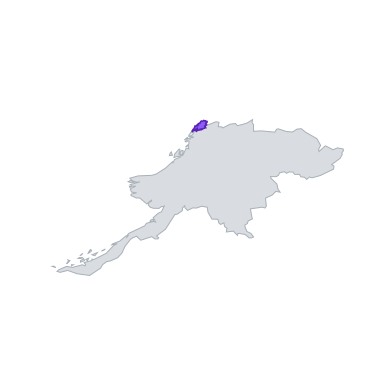 Maungdaw, Rakhine, Myanmar (highlighted), rotated 70°
{"feature_id": "60261553B63127450973926", "entity_name": "Maungdaw", "entity_type": "district", "adm_level": 2, "iso_a3": "MMR", "parent_name": "Myanmar", "parent_adm1": "Rakhine", "projection": "natural_earth1", "projection_center": [92.495, 20.966], "detail": "fine", "context": "in_parent", "style": "filled", "palette": "violet", "viewbox_px": 384, "rotation_deg": 70, "n_neighbors": 0, "source": "geoboundaries", "source_scale": "gbopen_adm2", "svg_char_len": 7199}
<svg xmlns="http://www.w3.org/2000/svg" viewBox="0 0 384 384"><g transform="rotate(70 192 192)"><path d="M241.3,173.4L238.0,171.6L235.6,173.2L231.9,172.6L232.3,176.2L230.2,177.4L226.5,177.0L224.3,182.5L216.5,183.9L211.5,182.9L208.7,187.8L208.6,193.3L207.2,196.7L207.8,202.5L204.5,204.0L202.5,203.6L203.6,206.3L206.2,207.5L207.8,213.4L207.3,215.8L217.9,229.6L221.2,240.4L223.6,238.9L224.4,240.0L223.4,242.9L220.2,245.1L219.8,256.6L214.6,259.3L214.8,263.2L215.4,265.9L220.1,273.5L225.4,278.7L228.3,284.3L228.9,292.4L228.2,295.8L229.6,300.7L232.3,303.9L235.4,316.8L229.4,328.1L223.2,335.6L222.4,343.4L220.4,346.0L219.5,343.6L219.0,335.3L222.0,330.1L222.9,319.9L224.8,317.8L223.8,316.8L221.4,317.5L222.2,309.3L220.8,309.0L221.9,307.2L220.3,293.6L215.5,284.0L214.9,279.9L214.2,285.5L213.6,284.4L213.4,276.8L210.6,268.6L210.9,267.9L212.2,268.6L211.0,266.7L210.0,267.1L209.2,265.1L207.6,248.0L205.8,245.6L206.5,238.3L207.8,236.4L202.8,237.2L200.4,231.0L200.2,227.5L195.2,222.4L196.0,224.0L195.2,225.7L196.1,228.6L194.0,234.0L192.0,236.5L189.3,237.5L187.1,235.9L186.7,233.1L185.8,233.0L187.8,238.5L179.8,243.1L178.6,246.3L174.4,250.6L173.2,250.0L173.8,244.3L171.4,248.9L168.0,249.0L167.3,242.9L166.0,246.4L164.0,247.6L164.6,237.4L164.1,240.3L160.9,244.4L157.8,245.7L158.4,237.3L162.6,224.0L162.9,219.6L160.6,209.0L156.9,200.0L158.0,199.9L155.5,197.3L155.1,190.7L153.6,193.1L153.4,197.2L150.3,195.1L147.2,189.3L148.4,188.8L152.0,191.5L153.9,190.0L154.4,188.1L148.9,182.5L150.3,180.2L148.5,180.2L143.8,177.5L142.4,178.0L143.0,180.4L142.1,181.1L140.2,177.4L141.6,175.7L140.4,175.6L141.2,172.4L140.7,171.9L138.5,176.1L137.2,175.1L138.7,173.0L138.1,171.7L136.1,169.2L136.3,173.7L131.4,166.6L128.6,156.9L130.7,154.5L134.5,157.3L134.2,145.4L135.8,142.8L139.7,145.0L140.8,141.9L142.3,141.2L141.3,132.9L142.5,127.7L145.1,126.8L145.7,122.5L146.0,116.7L144.7,110.3L147.1,111.8L149.8,111.2L156.0,113.4L158.3,105.9L164.1,93.7L161.9,90.9L162.3,89.1L167.4,82.7L170.0,77.0L168.8,71.8L169.9,67.6L174.6,64.9L184.6,56.4L192.2,55.2L195.3,58.5L197.4,58.8L194.2,50.9L200.5,45.0L200.3,40.2L203.2,35.3L204.9,35.5L206.5,37.9L208.1,37.9L211.1,41.5L214.0,51.5L216.1,49.7L218.9,51.1L220.4,65.9L219.7,74.5L218.1,76.4L219.4,79.9L216.7,81.2L214.9,84.6L212.3,84.9L210.5,89.6L207.8,90.3L206.4,93.9L206.7,96.7L204.6,98.3L203.9,103.1L205.8,105.0L206.4,107.5L204.4,112.9L206.1,113.1L213.5,109.5L218.8,110.2L222.3,109.3L220.1,113.0L222.3,117.7L222.9,125.0L230.7,127.0L232.0,128.9L230.3,131.1L227.8,142.9L238.0,144.6L238.4,149.1L240.6,150.8L241.0,153.3L242.4,154.1L247.9,153.9L251.1,150.8L255.3,149.5L255.5,152.1L254.6,154.0L250.1,156.6L247.0,162.0L246.8,163.2L248.3,164.2L243.0,166.4L241.3,173.4ZM150.4,186.1L153.7,188.3L153.0,189.9L151.0,190.1L149.4,187.2L150.4,186.1ZM216.6,301.7L218.7,305.1L216.7,307.5L216.6,301.7ZM150.1,200.8L148.3,199.6L147.2,197.8L150.8,197.8L150.1,200.8ZM219.7,316.4L219.8,320.8L218.5,320.4L217.6,316.6L219.7,316.4ZM162.7,245.6L160.5,248.5L160.1,246.1L163.1,242.5L162.7,245.6ZM205.7,241.7L204.3,240.8L204.1,238.2L205.2,237.5L206.0,238.7L205.7,241.7ZM215.4,321.8L215.1,320.4L216.5,316.7L216.3,319.9L215.4,321.8ZM214.7,330.2L216.5,333.6L216.2,334.2L214.5,331.6L213.4,331.8L214.7,330.2ZM220.9,313.8L219.0,314.8L218.9,311.7L220.9,313.8ZM216.5,345.8L214.1,348.7L214.4,347.1L216.5,345.8ZM139.6,177.9L140.5,181.6L139.0,177.3L139.6,177.9ZM216.6,294.7L216.5,297.4L215.9,292.9L216.6,294.7ZM147.2,180.5L147.5,182.8L146.1,179.5L147.2,180.5ZM214.1,310.6L212.7,309.2L213.2,308.2L213.9,308.4L214.1,310.6ZM213.1,306.6L212.2,308.4L211.3,307.3L212.0,306.5L213.1,306.6ZM213.4,317.6L213.4,319.2L212.3,315.4L213.4,317.6ZM166.1,249.0L165.1,248.9L166.4,247.1L166.6,247.8L166.1,249.0ZM220.1,330.5L219.1,330.2L219.8,328.4L220.1,330.5Z" fill="#d9dde1" stroke="#a8b0b8" stroke-width="1"/><path d="M135.6,157.1L135.3,157.2L135.0,157.3L134.9,157.5L134.7,157.7L134.4,157.6L134.4,157.4L134.3,157.2L134.3,156.8L134.2,156.5L134.1,156.4L134.1,156.2L134.1,155.9L134.0,155.7L133.9,155.4L133.8,155.5L133.7,155.6L133.2,155.5L133.3,155.8L133.2,155.9L132.8,155.9L132.7,155.9L132.5,155.7L132.2,155.7L132.1,155.2L132.0,154.6L131.9,154.4L131.7,154.2L131.4,153.8L131.2,153.8L131.0,154.1L130.9,154.0L130.8,154.4L130.8,154.5L130.6,154.7L130.7,154.8L130.4,154.8L130.2,154.8L130.2,154.6L129.8,154.7L129.8,154.8L129.8,155.0L129.6,155.3L129.7,155.5L129.7,155.8L129.4,155.9L129.1,156.1L129.0,156.3L128.8,156.4L128.9,156.7L129.0,157.1L129.1,157.4L129.1,157.6L129.1,157.9L129.1,158.0L129.0,158.3L128.9,158.4L128.9,158.5L128.6,158.7L128.6,158.8L128.5,159.0L128.8,159.2L128.9,159.4L128.8,159.6L128.9,159.8L129.0,159.9L129.4,160.3L129.7,160.6L129.8,160.9L129.8,161.0L130.0,161.1L130.2,160.9L130.4,160.7L130.6,160.6L130.4,160.7L130.4,160.8L130.2,160.9L130.1,161.1L129.9,161.2L129.8,161.3L129.8,161.7L130.0,162.3L129.9,162.5L130.1,162.9L130.3,163.1L130.5,163.4L130.8,163.3L130.8,163.2L131.0,162.8L131.0,162.5L131.0,162.4L131.0,162.5L131.2,162.8L130.9,163.0L130.8,163.3L130.7,163.4L130.4,163.5L130.6,163.9L130.7,164.0L130.8,164.3L131.0,164.3L131.0,164.1L131.4,164.1L131.3,163.9L131.4,163.7L131.3,163.8L131.4,164.0L131.2,164.2L131.0,164.3L130.9,164.4L130.9,164.7L131.0,164.8L131.0,165.2L131.1,165.5L131.2,165.4L131.2,165.6L131.3,165.8L131.5,165.8L131.5,166.0L131.5,165.9L131.4,165.8L131.3,166.0L131.5,166.4L131.5,166.6L131.7,166.8L131.4,166.9L131.8,167.2L132.0,167.3L132.4,167.6L133.1,168.4L133.3,168.5L133.4,168.8L133.5,169.0L133.5,169.4L133.5,169.5L133.9,169.9L134.1,170.0L134.5,170.7L134.7,170.8L134.8,170.9L134.8,171.0L134.7,170.8L134.9,171.1L135.0,171.1L135.1,170.9L135.3,170.8L135.2,170.6L135.1,170.3L134.9,169.9L134.7,169.3L134.7,169.2L134.4,168.9L134.5,168.9L134.7,168.7L134.6,168.4L134.8,168.2L134.9,168.3L135.0,168.3L135.1,168.2L135.3,168.0L135.5,168.1L135.6,168.3L135.6,168.2L135.5,167.9L135.3,167.6L135.1,167.3L135.1,166.9L134.9,167.0L134.7,167.2L134.4,167.0L134.2,166.6L134.3,166.5L134.4,166.4L134.5,166.4L134.3,166.4L134.2,166.3L134.2,166.2L134.4,166.1L134.2,166.0L134.1,165.8L134.1,165.5L134.0,165.4L134.0,165.2L133.8,165.0L133.8,164.9L133.9,164.5L133.9,164.4L133.8,165.0L134.0,165.1L134.1,165.3L134.1,165.5L134.1,165.4L134.4,165.3L134.5,165.3L134.6,165.1L134.6,164.9L134.6,165.0L134.5,165.3L134.4,165.3L134.2,165.3L134.1,165.5L134.2,165.9L134.3,166.0L134.3,166.3L134.5,166.4L134.5,166.5L134.3,166.5L134.4,166.9L134.6,167.2L134.8,166.9L135.0,166.9L135.1,166.4L135.4,166.4L135.5,166.5L135.4,166.5L135.5,166.6L135.4,166.7L135.5,166.7L135.5,166.8L135.5,167.0L135.9,167.4L136.0,167.3L136.0,167.1L135.9,167.1L135.8,166.9L135.7,166.7L135.8,166.7L135.7,166.6L135.6,166.4L135.8,166.4L135.7,166.3L135.8,166.3L135.9,166.2L136.0,166.1L136.1,165.9L136.2,165.7L136.0,165.4L136.1,165.1L136.0,164.9L136.0,164.6L136.1,164.4L136.2,164.2L136.3,163.9L136.2,163.9L136.0,163.7L135.9,163.5L136.0,163.4L136.0,163.0L135.9,162.9L135.8,162.7L135.9,162.4L135.9,162.2L135.9,161.8L136.0,161.8L136.2,161.7L136.2,161.8L136.3,161.8L136.3,161.7L136.4,161.8L136.4,161.7L136.7,161.7L136.7,161.4L136.6,161.2L136.5,160.9L136.5,160.7L136.4,160.6L136.4,160.4L136.4,160.2L136.3,159.4L136.2,159.0L136.2,158.8L136.3,158.8L136.3,158.7L136.3,158.4L136.4,158.2L136.2,158.0L136.2,157.9L136.1,157.6L135.9,157.6L135.7,157.2L135.8,157.1L135.6,157.1Z" fill="#8b5cf6" stroke="#5b21b6" stroke-width="1.5"/></g></svg>